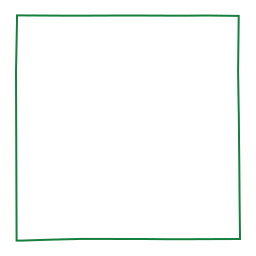 Walworth, Wisconsin, United States of America
{"feature_id": "52423323B18834110145420", "entity_name": "Walworth", "entity_type": "district", "adm_level": 2, "iso_a3": "USA", "parent_name": "United States of America", "parent_adm1": "Wisconsin", "projection": "orthographic", "projection_center": [-88.5, 42.668], "detail": "fine", "context": "isolated", "style": "outline", "palette": "green", "viewbox_px": 256, "rotation_deg": 0, "n_neighbors": 0, "source": "geoboundaries", "source_scale": "gbopen_adm2", "svg_char_len": 439}
<svg xmlns="http://www.w3.org/2000/svg" viewBox="0 0 256 256"><path d="M238.7,15.9L206.1,15.5L183.3,15.7L128.0,15.5L72.5,15.7L54.2,15.6L19.6,15.4L17.0,15.4L17.0,20.7L16.0,71.9L16.6,240.6L21.8,240.6L49.3,239.7L81.9,238.9L128.3,239.0L144.2,239.0L165.8,239.2L186.6,239.2L240.0,239.0L239.6,201.8L239.3,164.5L239.1,145.8L238.8,113.5L238.7,111.0L238.1,71.6L238.1,70.7L238.7,16.8L238.7,15.9Z" fill="none" stroke="#15803d" stroke-width="2"/></svg>